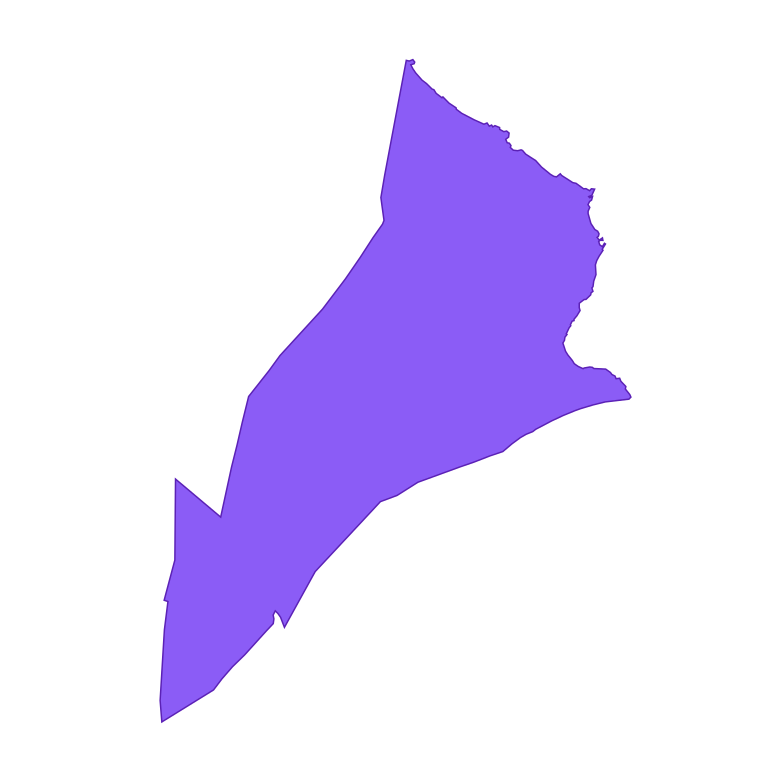 outline of Falealupo, Vaisigano, Samoa, rotated 86°
{"feature_id": "51752279B91405763132187", "entity_name": "Falealupo", "entity_type": "district", "adm_level": 2, "iso_a3": "WSM", "parent_name": "Samoa", "parent_adm1": "Vaisigano", "projection": "orthographic", "projection_center": [-172.771, -13.521], "detail": "fine", "context": "isolated", "style": "filled", "palette": "violet", "viewbox_px": 768, "rotation_deg": 86, "n_neighbors": 0, "source": "geoboundaries", "source_scale": "gbopen_adm2", "svg_char_len": 2425}
<svg xmlns="http://www.w3.org/2000/svg" viewBox="0 0 768 768"><g transform="rotate(86 384 384)"><path d="M416.2,140.7L414.3,138.6L411.8,139.5L405.8,143.6L403.4,142.9L397.8,147.5L394.7,148.5L394.9,152.1L392.2,153.0L390.4,156.0L388.3,157.3L384.6,161.8L383.2,173.6L381.9,175.0L381.4,177.6L382.0,183.3L382.6,184.3L380.0,189.1L377.0,192.8L373.7,194.5L367.8,198.6L364.0,200.6L355.6,202.7L353.0,200.9L350.0,200.3L347.4,198.0L346.7,198.7L340.7,195.3L338.9,193.6L337.8,193.9L334.4,191.9L334.0,190.0L332.7,190.0L329.4,186.8L324.4,183.3L321.4,183.9L317.1,183.6L313.7,178.5L313.7,176.6L309.5,171.6L307.5,171.1L306.2,169.1L302.7,169.9L301.4,168.7L296.0,167.6L289.7,164.9L279.9,164.8L275.8,163.2L271.5,160.5L265.9,156.2L264.8,156.9L259.8,153.3L259.0,154.3L262.2,156.6L260.2,159.1L256.8,159.9L255.7,158.1L256.0,155.6L253.5,155.9L255.5,159.3L252.6,161.2L251.6,159.8L249.2,159.0L246.5,160.2L244.6,162.9L238.3,166.4L228.2,168.5L225.8,168.3L222.2,166.4L219.3,168.0L216.3,166.2L215.0,164.1L211.6,162.9L212.5,165.9L211.3,166.7L210.3,163.5L204.3,160.3L203.7,163.5L205.5,165.4L203.2,168.9L203.2,171.3L197.2,178.4L196.3,181.6L188.4,192.2L186.6,193.5L189.4,197.4L188.7,200.1L186.4,203.4L178.5,211.8L171.7,217.1L168.2,221.8L164.5,226.7L160.7,229.5L160.0,230.9L160.6,234.4L159.8,238.7L156.8,241.5L155.0,240.7L152.5,242.2L151.9,244.3L148.4,245.5L146.4,242.5L142.4,241.7L140.2,244.0L140.6,246.9L138.1,250.8L136.2,250.8L134.0,255.3L135.1,257.5L133.2,258.6L134.1,261.0L130.8,263.0L131.8,266.2L126.7,275.7L119.4,287.6L115.0,292.7L113.6,292.8L108.3,299.6L101.7,305.2L102.5,306.2L97.7,311.7L93.9,313.7L93.1,315.5L87.4,320.5L83.5,324.9L75.9,330.7L71.6,333.2L67.4,335.0L66.6,331.6L65.0,330.9L62.4,332.6L63.6,336.3L62.7,339.2L175.9,368.8L197.8,374.1L220.8,372.6L224.4,374.3L237.3,384.8L255.8,398.7L276.5,415.2L305.0,440.1L348.4,485.8L362.7,497.8L387.0,519.9L412.2,528.0L434.5,534.8L456.0,541.8L505.4,556.2L464.3,598.6L545.0,604.9L584.4,618.4L585.9,614.7L613.8,620.2L684.1,629.4L705.6,629.2L677.3,575.4L666.9,566.3L655.5,554.9L644.4,541.8L622.5,519.0L615.3,511.2L610.6,510.2L606.8,510.7L602.7,508.3L605.6,505.8L609.4,503.5L619.8,500.3L571.2,468.9L566.3,465.7L516.6,412.4L501.1,395.8L496.0,378.6L484.4,357.1L472.2,314.7L468.1,299.4L463.1,283.3L459.7,270.2L452.6,260.5L447.0,251.7L444.1,245.8L441.9,239.0L439.7,235.7L432.4,219.1L427.9,207.4L423.9,195.3L422.3,189.6L419.5,177.2L417.3,164.5L416.2,140.7Z" fill="#8b5cf6" stroke="#5b21b6" stroke-width="1.5"/></g></svg>